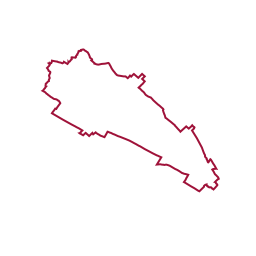 outline of Padureni, Vaslui, Romania, rotated 328°
{"feature_id": "2599482B79481700134071", "entity_name": "Padureni", "entity_type": "district", "adm_level": 2, "iso_a3": "ROU", "parent_name": "Romania", "parent_adm1": "Vaslui", "projection": "equal_earth", "projection_center": [28.096, 46.567], "detail": "fine", "context": "isolated", "style": "outline", "palette": "rose", "viewbox_px": 256, "rotation_deg": 328, "n_neighbors": 0, "source": "geoboundaries", "source_scale": "gbopen_adm2", "svg_char_len": 5744}
<svg xmlns="http://www.w3.org/2000/svg" viewBox="0 0 256 256"><g transform="rotate(328 128 128)"><path d="M173.6,223.4L173.7,222.8L173.6,222.5L173.5,222.3L173.4,222.0L173.3,221.7L173.5,221.4L173.5,221.2L173.4,220.6L173.4,220.1L173.2,219.9L174.8,219.5L176.9,219.1L177.3,219.2L178.0,219.2L178.1,218.8L178.2,218.0L178.3,217.8L178.3,217.5L177.9,215.8L177.8,215.0L177.4,213.8L177.3,213.3L177.3,212.3L177.4,211.8L177.5,210.5L177.5,210.0L177.5,208.3L177.4,207.9L177.8,207.8L178.3,208.0L178.7,208.0L180.4,208.9L181.2,209.1L181.3,209.2L181.5,205.3L181.4,203.7L181.4,202.3L181.5,200.9L181.5,198.9L181.4,198.3L181.3,198.1L178.5,199.5L177.9,199.7L177.7,199.5L177.7,199.3L177.7,199.0L177.9,198.3L177.9,198.0L178.1,197.8L178.2,197.4L178.2,197.1L178.1,196.9L178.1,196.6L178.1,196.2L178.5,195.8L178.6,195.2L178.2,194.0L178.2,193.4L178.2,193.1L178.4,192.7L178.6,192.4L178.9,191.9L179.0,190.9L179.0,190.4L179.0,190.0L179.3,188.7L179.3,188.4L179.5,187.5L180.3,183.7L181.0,173.1L181.0,164.0L183.8,163.4L184.1,163.1L184.7,162.7L184.7,162.4L184.4,161.8L184.2,161.6L184.1,161.1L183.9,159.7L182.3,160.2L179.2,160.7L178.2,157.5L170.5,158.9L170.5,158.5L170.4,157.8L169.8,154.9L169.5,152.9L169.1,151.1L169.1,150.8L169.2,150.4L169.1,150.2L168.6,148.7L167.9,146.5L167.8,146.2L167.4,145.0L166.5,142.6L165.7,140.2L165.4,139.6L165.2,139.3L165.2,139.1L166.0,136.5L166.0,135.7L166.2,135.2L166.5,133.5L166.8,132.4L166.9,132.1L167.1,131.4L167.9,131.0L167.9,130.8L167.9,130.3L167.8,129.9L167.3,128.4L166.8,126.6L166.3,125.0L166.0,124.4L165.2,121.7L164.2,118.1L164.0,117.1L164.0,116.6L163.6,114.8L163.6,114.4L161.8,112.0L160.6,109.3L160.4,107.3L160.5,106.7L160.1,105.2L159.7,104.1L159.0,100.9L158.9,100.7L158.6,100.1L158.4,99.4L160.3,99.0L160.8,99.0L161.3,98.8L162.4,98.5L163.6,98.4L165.4,97.8L166.9,97.3L166.0,93.9L169.6,93.1L168.6,89.6L163.3,90.9L161.6,85.3L160.8,85.4L157.9,86.1L157.5,84.6L155.2,85.4L154.2,85.6L153.7,84.2L153.3,83.0L153.2,82.9L151.6,81.9L148.9,79.5L147.7,78.5L146.9,77.6L146.5,76.8L146.6,76.3L146.2,75.3L146.2,74.2L145.8,71.4L145.7,68.9L146.0,66.1L146.0,64.8L146.1,64.1L146.1,63.3L145.9,62.5L145.8,62.4L143.2,61.5L142.1,61.0L139.6,59.7L136.7,58.7L136.4,58.5L135.4,57.7L134.1,56.2L133.8,55.8L134.1,55.7L132.7,51.3L133.7,51.2L133.9,50.6L133.1,48.4L133.1,47.9L133.2,47.5L133.4,47.3L133.4,47.1L133.6,46.2L133.6,45.9L133.8,45.2L133.8,44.7L133.9,43.4L133.9,42.4L133.4,41.5L133.1,40.6L132.8,40.1L132.4,39.4L132.3,39.1L132.3,38.8L132.1,38.2L131.6,37.6L130.4,37.2L129.6,36.9L129.5,37.1L129.4,37.6L129.2,37.7L128.8,37.6L128.6,37.4L127.7,37.0L127.6,36.8L127.5,36.7L126.7,36.7L126.5,37.1L126.4,37.3L126.0,37.4L125.8,37.6L124.9,38.2L124.0,38.5L123.9,38.6L123.8,39.0L123.2,39.0L122.1,39.4L121.7,39.7L121.6,40.2L121.0,40.5L120.8,40.5L120.6,40.5L120.3,40.0L120.1,39.9L119.6,39.7L119.3,39.4L118.9,39.2L118.3,38.8L118.2,38.5L117.9,38.3L117.6,38.2L117.4,38.4L116.9,39.2L116.8,39.8L116.7,39.9L115.4,40.1L114.7,40.4L113.9,40.7L113.1,40.7L112.3,40.8L112.3,40.7L112.1,41.0L111.9,41.1L110.6,41.6L108.7,37.9L108.3,38.2L107.9,38.4L106.7,38.4L105.9,37.4L105.8,37.1L104.3,35.7L103.5,34.8L103.3,34.3L102.5,33.7L102.3,33.4L102.1,33.3L101.3,32.6L99.5,30.9L99.2,30.6L98.1,31.8L97.3,32.3L95.6,31.4L95.6,31.2L95.4,31.3L95.1,31.2L95.2,31.6L95.1,32.5L95.2,32.9L94.0,33.5L91.1,34.2L91.3,36.2L91.0,37.2L91.0,37.5L91.7,38.9L91.8,39.1L91.7,39.4L91.5,39.8L91.1,40.2L90.7,40.4L90.0,40.9L89.6,41.1L89.1,41.6L88.9,41.6L88.6,42.3L88.3,43.3L88.2,43.8L88.1,44.1L87.9,44.3L86.5,45.1L85.8,46.3L85.1,46.2L84.2,46.3L83.8,46.5L82.7,46.8L82.3,46.9L82.0,46.8L81.7,46.9L81.3,47.5L80.9,47.9L80.5,48.4L80.5,48.7L80.5,49.1L80.1,49.1L79.9,49.4L79.8,49.5L80.0,49.6L79.7,49.7L79.0,50.0L78.6,50.3L78.1,50.3L75.7,51.2L75.3,51.2L76.1,52.7L76.4,53.1L76.8,54.1L77.1,55.8L77.6,56.6L77.8,57.7L78.2,58.6L78.4,58.9L78.7,59.8L78.8,60.4L79.5,61.6L80.5,63.9L80.8,64.3L82.1,65.4L82.4,65.8L82.8,66.4L83.3,67.8L83.6,68.0L83.7,68.4L83.8,69.0L83.8,69.8L83.7,70.2L83.8,70.7L83.7,71.1L79.3,72.8L78.3,73.3L77.8,73.5L77.3,73.8L76.6,73.0L75.3,73.6L72.1,74.8L71.3,75.2L75.4,83.0L76.5,85.1L77.4,86.8L82.0,95.1L84.4,99.2L84.6,99.7L86.2,102.3L88.0,105.9L84.8,106.7L84.4,106.8L84.1,106.7L84.2,107.0L84.9,108.1L86.1,110.4L87.5,110.1L89.5,109.7L89.8,110.6L89.9,111.2L90.2,112.0L90.8,114.2L93.5,113.6L95.1,113.3L95.0,113.9L95.1,114.9L98.2,114.6L98.2,115.1L98.5,115.6L99.3,117.3L99.8,118.1L100.0,118.6L100.3,119.1L100.5,119.8L102.2,121.9L102.7,122.7L103.2,123.3L106.4,121.6L108.7,120.3L109.0,120.6L110.3,122.5L110.8,122.9L112.3,125.4L113.0,126.2L114.3,128.2L115.2,129.6L116.4,131.0L118.6,134.0L120.3,136.3L122.5,139.4L124.2,142.3L125.0,143.8L125.3,144.3L126.7,146.7L126.7,146.8L128.0,149.2L128.2,149.4L128.6,150.0L131.0,154.7L133.4,158.8L134.2,160.2L135.8,163.0L136.3,163.8L138.0,166.6L138.4,167.0L139.3,168.4L140.7,170.5L133.1,174.3L136.1,175.8L136.3,176.0L137.3,177.0L138.6,177.9L138.8,178.2L139.4,178.7L140.1,178.9L141.1,179.4L141.5,179.8L142.2,180.6L142.8,181.4L143.1,181.7L143.7,182.7L144.1,183.5L146.3,187.8L147.2,189.1L147.9,190.2L148.0,190.5L148.1,190.9L148.6,191.6L149.3,193.3L149.7,194.1L149.9,194.7L150.6,195.4L150.7,195.8L151.5,196.7L152.7,197.8L153.1,198.3L154.0,199.2L154.3,199.6L152.4,200.7L150.9,201.4L150.6,201.7L149.7,202.2L148.9,202.7L146.8,203.5L147.2,204.2L150.5,210.8L152.4,214.3L154.3,218.4L155.0,219.5L155.9,219.3L161.3,218.1L161.8,217.4L162.8,217.2L163.8,217.2L164.0,217.3L164.3,217.6L164.5,217.6L164.3,217.9L164.3,218.3L164.5,218.3L164.6,218.7L164.7,218.8L164.8,219.0L164.5,219.4L164.6,219.8L164.8,220.3L165.2,220.6L165.2,221.0L165.4,221.2L165.4,221.3L165.5,221.5L166.2,221.9L166.6,222.0L166.9,222.2L167.1,222.6L167.1,222.9L167.2,223.3L167.3,223.7L167.5,224.0L167.4,224.2L167.6,224.4L167.7,224.8L167.9,224.9L168.0,225.4L169.3,225.1L173.3,223.9L173.6,223.7L173.6,223.4Z" fill="none" stroke="#9f1239" stroke-width="2"/></g></svg>